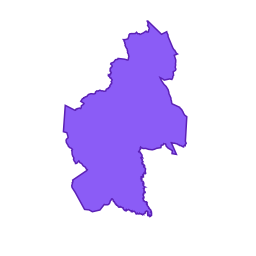 Juaboso, Western, Ghana, rotated 156°
{"feature_id": "2480657B56579001772859", "entity_name": "Juaboso", "entity_type": "district", "adm_level": 2, "iso_a3": "GHA", "parent_name": "Ghana", "parent_adm1": "Western", "projection": "equal_earth", "projection_center": [-2.893, 6.431], "detail": "fine", "context": "isolated", "style": "filled", "palette": "violet", "viewbox_px": 256, "rotation_deg": 156, "n_neighbors": 0, "source": "geoboundaries", "source_scale": "gbopen_adm2", "svg_char_len": 5737}
<svg xmlns="http://www.w3.org/2000/svg" viewBox="0 0 256 256"><g transform="rotate(156 128 128)"><path d="M96.2,210.6L96.0,209.6L96.3,208.5L96.1,207.4L96.5,206.8L96.5,205.4L97.1,204.6L97.0,201.9L96.7,200.5L97.1,199.1L97.0,198.5L97.8,197.0L97.6,195.2L98.0,194.0L98.0,193.2L100.2,190.2L101.1,190.4L101.8,191.2L103.4,192.4L108.8,195.6L109.5,194.9L111.6,195.5L114.3,194.0L117.1,194.1L117.8,193.5L117.1,191.7L117.4,190.9L117.6,190.5L118.9,190.3L119.2,189.7L120.0,189.7L121.0,187.7L120.8,187.4L121.2,186.9L120.7,185.9L120.8,185.3L121.9,184.9L121.8,184.5L122.4,184.3L122.8,183.8L123.3,184.2L124.0,184.1L124.2,183.7L124.4,184.4L124.6,184.1L124.7,183.7L124.0,182.2L124.0,181.2L123.8,180.8L123.3,180.7L123.3,179.9L122.9,178.6L123.4,177.9L124.5,177.3L124.4,176.1L125.0,175.2L125.7,175.2L126.0,174.8L126.3,174.8L127.5,173.9L127.6,173.3L128.2,172.9L129.2,172.8L129.7,172.2L130.3,172.1L130.4,172.4L132.1,172.2L133.3,170.9L135.1,171.3L135.8,172.1L137.3,172.8L137.9,173.6L138.5,174.0L140.2,173.9L141.4,174.6L143.0,174.1L143.4,173.7L143.6,173.1L144.3,172.8L145.6,173.1L147.8,174.4L150.2,174.7L151.8,174.2L152.7,173.5L154.4,173.8L155.3,173.5L156.1,173.7L156.4,173.2L157.7,173.3L160.3,171.6L158.2,168.4L158.7,167.9L160.0,167.5L161.5,167.3L162.4,165.8L163.3,165.0L164.1,165.9L166.7,166.4L166.9,166.1L167.8,166.4L168.3,166.1L168.6,165.6L169.2,165.7L176.1,174.2L188.5,150.9L185.8,148.6L186.2,145.2L186.6,143.5L188.9,142.7L189.6,141.9L190.2,139.9L190.0,137.9L189.8,137.3L189.9,135.5L189.1,133.6L188.4,133.0L187.5,131.2L187.8,131.1L188.3,130.3L188.6,130.3L188.7,129.3L189.7,126.8L189.9,124.6L189.6,123.2L190.0,122.0L190.5,121.7L190.6,119.8L190.1,117.9L190.4,116.9L189.3,116.6L186.3,117.9L186.0,115.8L185.0,114.7L184.7,114.0L184.3,111.7L182.9,109.6L182.7,107.0L182.1,106.6L182.9,105.9L199.7,102.9L199.9,101.9L200.5,101.1L201.2,100.7L201.1,100.3L202.9,98.1L203.3,96.3L202.4,90.6L200.8,71.3L196.8,69.0L194.6,66.0L187.0,64.5L180.8,67.8L180.1,67.1L179.0,66.8L178.6,66.4L177.3,66.1L176.3,66.3L175.3,66.9L173.7,68.7L172.9,68.9L171.9,69.9L171.3,69.8L170.8,68.6L171.1,67.7L171.1,66.7L170.5,66.4L170.4,63.9L170.2,63.3L169.9,63.3L169.9,62.1L169.0,61.4L169.0,60.4L168.6,59.4L168.0,59.1L167.1,59.5L166.9,59.2L166.8,58.6L166.2,58.5L165.4,57.3L165.0,57.2L165.2,56.7L165.1,55.4L164.7,54.4L164.3,54.1L164.2,53.6L163.6,53.2L163.3,54.0L162.9,54.2L162.9,53.3L162.3,53.6L161.7,53.2L160.5,53.3L159.6,51.6L159.0,51.2L159.0,50.8L158.8,51.0L158.5,50.6L158.0,50.7L158.1,49.8L158.0,49.6L156.4,49.6L156.1,49.3L155.7,48.2L155.5,46.1L154.9,45.9L154.7,46.4L154.0,46.3L153.9,45.8L153.2,45.1L152.5,45.0L152.1,45.3L151.9,44.6L151.0,44.4L150.8,43.7L150.2,43.4L150.0,42.8L149.1,43.1L148.9,42.8L148.8,43.1L147.1,43.2L146.4,44.1L146.2,43.9L145.7,44.5L144.6,44.6L143.9,43.2L144.8,42.1L144.6,41.2L145.0,40.8L145.2,41.0L145.5,40.0L144.8,39.4L144.1,39.5L144.1,38.8L143.7,39.1L143.7,38.2L143.2,38.2L142.4,38.8L142.1,38.7L142.0,39.2L141.5,39.6L141.2,40.4L141.1,41.3L140.7,41.6L140.8,42.3L141.0,42.3L140.7,42.6L140.6,43.7L140.7,44.2L141.0,44.5L141.1,45.4L141.6,46.2L141.3,46.6L141.5,46.8L141.5,47.8L141.4,48.0L141.9,48.8L141.8,50.0L142.0,50.4L141.5,50.5L141.5,51.3L140.9,51.8L141.0,52.4L141.3,52.2L141.1,52.5L141.2,52.8L141.5,52.6L141.4,53.1L142.5,53.8L143.0,55.2L143.4,55.3L143.1,56.0L143.2,56.5L142.8,56.9L143.0,57.8L142.1,58.1L142.1,57.6L141.8,57.7L141.5,58.6L141.5,59.3L141.3,59.2L141.6,59.5L141.5,60.7L141.1,60.6L140.5,61.4L140.2,61.0L140.4,61.8L140.0,61.7L139.6,62.6L139.1,63.0L138.5,62.3L138.4,62.7L138.6,63.0L138.6,63.4L139.0,64.0L138.6,64.9L138.4,64.4L138.4,65.8L138.1,66.0L138.3,66.5L137.5,66.5L137.0,66.9L136.9,67.4L136.6,67.3L137.2,68.0L137.2,69.2L137.4,69.4L137.0,69.8L137.2,70.2L136.9,71.3L136.3,71.5L136.1,71.2L136.0,71.6L136.3,71.9L135.9,72.2L136.1,73.3L136.8,73.9L136.7,74.6L137.0,74.6L136.7,75.2L136.4,75.3L136.9,76.2L136.2,76.4L136.2,76.6L135.9,76.3L135.4,76.9L135.4,77.7L135.0,77.5L135.3,78.0L134.6,77.9L134.4,77.5L133.6,77.5L133.3,78.0L133.3,78.5L133.6,79.1L133.3,79.5L132.3,79.5L131.7,80.2L131.5,79.7L130.9,79.3L130.6,79.8L130.3,79.6L130.0,80.6L130.1,81.4L129.6,81.8L129.3,82.6L128.7,83.3L128.5,84.0L129.4,85.8L129.2,86.7L128.8,86.4L128.5,86.5L128.2,86.5L128.3,87.5L128.9,89.1L129.3,89.1L129.3,89.6L129.6,89.5L129.6,90.0L129.4,90.7L128.8,91.1L128.0,91.0L128.3,92.9L127.6,93.6L128.2,94.4L128.1,94.7L128.4,95.5L127.8,95.8L127.6,95.5L127.2,95.7L126.8,95.3L126.9,96.1L126.2,97.5L126.5,99.2L126.9,99.8L126.5,100.7L127.1,101.5L127.8,101.6L127.8,102.2L127.3,102.2L125.9,103.4L125.4,103.5L125.4,103.8L124.9,104.0L125.0,104.8L124.2,105.5L123.8,104.5L122.5,103.1L120.0,102.1L118.0,100.2L114.7,98.2L112.5,97.8L110.1,97.8L106.0,96.7L104.6,98.7L103.1,98.3L102.4,98.5L101.7,99.2L101.2,98.7L100.3,98.3L100.1,98.0L100.5,96.0L99.6,93.4L96.7,89.3L98.2,86.7L94.5,84.2L94.4,97.0L93.8,96.7L93.3,95.9L92.0,95.4L89.3,93.2L88.9,92.3L88.0,91.5L87.7,90.8L86.8,90.4L85.7,88.8L84.9,88.1L84.2,88.9L83.4,89.0L82.9,88.6L82.4,89.8L81.4,90.0L81.0,90.4L81.1,91.7L80.9,92.7L69.7,114.4L71.0,116.7L71.3,118.9L71.2,120.0L71.5,123.1L72.3,125.0L72.4,125.9L77.9,132.2L77.8,133.6L77.3,135.0L77.2,136.5L76.6,137.9L76.6,143.0L76.2,143.9L75.8,146.7L76.3,150.5L77.4,153.2L78.2,157.9L78.2,161.0L76.5,158.9L75.4,157.0L70.0,155.9L68.2,154.5L66.7,155.7L66.1,156.9L64.9,157.6L63.9,160.9L61.2,161.4L60.3,162.3L60.2,164.3L58.8,166.2L58.5,167.4L57.7,168.6L56.7,170.7L56.2,175.6L52.7,175.5L53.4,176.7L53.7,180.0L54.2,180.8L54.5,183.1L54.2,195.1L53.6,196.9L53.7,199.3L53.5,200.2L59.3,200.0L66.4,217.7L67.0,217.8L66.9,216.5L67.3,215.0L67.9,214.0L68.4,213.7L67.9,210.9L68.1,210.2L69.5,208.8L70.3,207.5L71.7,208.0L72.1,209.2L75.2,208.6L79.0,208.6L79.3,209.5L80.7,210.1L81.3,212.0L82.8,211.3L85.6,212.4L86.0,212.7L88.0,213.3L89.2,212.7L90.0,211.3L91.9,209.5L94.7,209.9L96.2,210.6Z" fill="#8b5cf6" stroke="#5b21b6" stroke-width="1.5"/></g></svg>